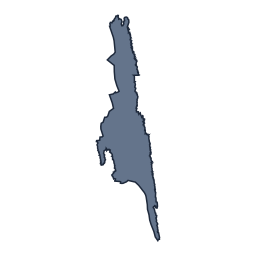 Rangamati, Chittagong, Bangladesh
{"feature_id": "16705992B35610473312733", "entity_name": "Rangamati", "entity_type": "district", "adm_level": 2, "iso_a3": "BGD", "parent_name": "Bangladesh", "parent_adm1": "Chittagong", "projection": "equal_earth", "projection_center": [92.168, 22.796], "detail": "fine", "context": "isolated", "style": "filled", "palette": "slate", "viewbox_px": 256, "rotation_deg": 0, "n_neighbors": 0, "source": "geoboundaries", "source_scale": "gbopen_adm2", "svg_char_len": 5910}
<svg xmlns="http://www.w3.org/2000/svg" viewBox="0 0 256 256"><path d="M157.8,240.6L158.4,239.4L159.4,239.3L159.3,238.6L159.6,237.8L158.5,232.4L158.3,232.1L157.7,232.3L157.8,231.6L157.5,231.4L158.1,230.1L157.5,229.3L157.7,227.9L157.4,227.6L157.5,227.0L156.8,225.2L157.5,224.7L157.7,223.9L156.3,221.5L156.6,220.2L155.9,218.0L156.4,217.8L156.7,215.5L155.8,215.1L155.7,213.2L155.2,213.0L154.3,209.0L153.2,207.6L153.5,206.7L154.4,206.6L154.6,205.7L155.8,206.2L155.5,207.1L156.0,207.9L157.0,208.1L157.5,206.3L157.3,203.3L157.1,202.2L156.1,201.9L156.0,198.4L155.8,197.3L155.4,197.1L155.7,192.4L155.2,192.0L155.3,191.3L154.8,190.7L155.0,190.3L154.8,189.9L155.3,189.8L155.3,189.4L154.9,189.2L155.1,188.8L154.8,188.6L155.0,187.1L154.8,186.6L155.0,186.5L154.8,186.6L154.8,186.0L154.5,185.6L154.5,185.0L154.8,184.4L154.2,183.2L154.0,179.9L153.6,179.8L153.5,178.5L153.2,178.5L153.2,177.4L152.8,177.2L152.9,175.6L152.5,175.2L152.9,174.8L152.4,174.4L152.7,174.0L152.2,174.0L152.4,173.0L152.1,172.3L152.6,172.0L152.1,171.8L152.5,171.6L152.4,171.1L152.0,169.8L152.1,168.5L151.7,167.6L151.7,164.4L151.4,164.3L151.5,163.7L152.0,163.3L151.3,163.3L151.9,163.0L151.7,162.7L152.1,161.9L151.7,161.9L152.1,161.5L151.7,161.1L151.4,161.4L151.6,161.0L151.0,159.6L151.0,158.9L151.1,158.2L150.8,157.7L150.4,157.7L150.2,156.5L149.5,155.9L150.0,155.3L150.0,154.4L150.4,154.6L150.9,154.1L151.0,152.8L150.6,152.9L150.4,152.6L151.0,152.4L150.8,152.4L150.7,151.2L150.3,150.8L150.2,150.0L150.5,150.3L150.7,149.8L150.2,149.4L150.2,148.7L150.4,147.9L150.4,147.2L149.9,147.2L149.7,146.3L149.7,145.3L149.9,145.1L149.6,144.5L149.7,144.1L150.1,144.0L150.1,143.3L149.5,142.3L148.8,138.2L149.0,136.6L148.4,135.7L148.7,135.2L148.3,135.4L148.0,134.5L147.7,134.7L147.0,134.1L146.7,134.3L146.5,133.7L145.2,133.7L145.7,132.8L145.2,132.1L145.3,130.5L145.0,129.2L144.8,129.4L145.0,127.8L144.4,126.8L144.5,126.2L144.2,125.9L144.1,126.4L143.9,125.1L143.4,124.9L143.8,124.5L143.5,124.2L144.1,123.6L143.3,122.2L144.1,122.4L143.8,121.9L144.0,121.3L143.7,121.3L144.3,120.8L143.9,120.3L144.1,119.9L143.3,119.8L143.5,118.9L144.0,118.8L142.9,118.1L143.0,116.0L142.7,115.7L141.7,117.1L141.5,116.3L140.5,114.4L140.3,113.1L139.7,113.7L138.9,113.2L138.7,113.9L138.4,113.2L138.7,112.5L138.4,111.8L136.5,111.9L136.5,111.1L136.1,111.0L136.5,111.0L136.2,110.6L136.6,109.2L136.2,108.4L136.6,108.2L136.3,108.0L136.3,107.0L136.9,106.3L136.8,105.6L137.2,105.6L137.0,103.3L137.2,102.3L136.8,102.0L137.2,100.2L137.0,99.5L137.5,98.7L137.9,96.7L137.1,94.8L137.3,94.3L136.9,93.8L136.8,93.1L136.4,93.3L135.9,91.9L135.3,91.8L134.9,91.1L135.8,88.2L134.8,87.4L135.1,86.1L134.9,86.0L135.4,84.8L134.8,82.2L134.5,82.1L135.1,81.6L134.4,81.3L134.4,76.7L134.2,75.5L133.9,75.3L138.7,75.2L138.6,74.9L138.9,74.8L138.6,74.6L138.2,73.6L138.4,72.9L137.7,72.5L137.6,71.7L138.1,71.9L137.5,69.9L136.9,69.4L137.3,66.9L136.5,66.1L136.4,65.3L136.0,65.5L135.7,64.9L135.7,65.6L135.4,64.9L136.1,63.9L136.4,62.1L136.9,61.5L136.8,61.0L136.5,60.9L136.7,60.3L135.8,59.7L136.0,58.9L135.4,59.8L134.7,59.0L135.5,58.2L134.4,58.0L134.9,56.9L134.5,57.0L134.4,55.8L134.4,55.1L134.6,55.7L134.8,55.2L134.8,54.5L133.9,54.2L133.8,51.8L133.4,51.5L132.7,52.3L132.4,50.3L132.1,50.0L132.6,49.0L132.3,49.3L131.9,48.7L132.4,48.7L132.5,47.9L131.2,47.2L131.5,46.8L131.8,47.0L131.7,46.5L132.0,46.4L131.1,45.4L131.6,45.0L131.2,44.5L131.5,44.5L131.4,43.8L131.7,43.7L131.4,43.5L131.4,42.4L131.0,42.3L131.2,41.8L130.9,42.0L130.9,41.4L131.3,40.7L130.9,39.9L130.2,39.7L130.6,38.8L130.5,37.8L130.6,37.3L130.9,37.4L130.3,36.2L130.5,35.5L130.1,35.1L130.4,34.6L129.8,32.8L129.4,33.4L129.1,32.5L128.7,32.2L128.5,32.4L128.6,30.0L129.3,29.4L128.7,28.6L128.0,28.3L127.8,29.0L127.6,28.2L128.1,27.4L127.3,27.0L128.9,22.3L128.7,19.8L127.8,18.9L127.7,18.0L126.7,17.1L125.2,17.2L124.5,17.6L124.1,18.5L124.6,20.7L124.1,20.9L123.6,21.9L123.8,23.9L122.8,25.7L121.8,25.7L121.8,25.0L121.4,24.7L121.3,23.4L122.0,21.8L121.4,20.0L121.1,19.4L119.6,18.8L118.8,19.2L118.7,18.1L118.1,17.3L118.3,15.5L117.5,15.4L116.8,16.0L115.9,16.1L115.4,17.7L114.2,19.3L114.0,20.6L113.5,21.1L113.2,20.7L112.5,21.4L111.9,22.8L110.4,22.4L109.8,23.9L110.2,24.6L110.1,26.2L109.6,26.3L113.3,37.2L114.1,40.8L115.2,52.2L113.7,54.2L111.1,56.0L107.3,59.9L114.2,65.4L114.3,71.8L114.9,79.0L116.8,85.5L119.1,91.3L118.0,92.1L115.7,92.8L115.3,92.0L113.3,93.9L109.4,94.8L112.3,103.0L113.5,108.4L109.3,111.4L107.8,116.0L106.6,117.2L104.7,117.3L103.1,122.2L101.2,123.3L100.8,126.4L100.9,129.0L103.1,136.0L102.1,136.9L100.0,137.1L99.7,140.3L96.6,140.6L96.4,141.6L97.4,141.9L97.9,143.0L97.0,144.9L97.6,146.2L97.6,148.3L98.1,149.8L97.8,150.3L98.7,151.6L98.7,152.3L99.1,152.4L99.1,153.8L99.6,154.3L99.7,155.0L99.4,155.3L99.8,155.4L100.3,157.3L100.0,157.8L100.5,159.0L100.7,160.4L100.5,160.8L100.9,161.0L101.1,162.2L100.7,162.3L100.4,163.7L100.9,164.3L101.2,164.0L102.1,164.3L101.3,164.4L101.3,165.1L103.0,164.8L103.4,164.5L103.5,163.5L104.4,163.2L104.4,162.4L104.9,162.0L104.6,160.9L105.5,159.8L104.9,158.8L105.0,157.9L104.3,157.3L104.6,154.9L104.2,154.8L104.3,154.4L103.6,153.4L104.2,150.6L105.8,149.9L105.8,149.2L106.3,148.9L106.3,148.4L106.7,148.9L106.6,149.8L107.1,149.8L107.0,150.3L107.6,149.7L108.0,149.8L108.4,149.4L109.2,149.4L109.3,150.1L110.2,150.1L109.8,151.9L110.2,151.8L110.6,152.8L111.4,153.2L112.3,154.7L112.3,155.6L111.8,156.2L112.5,156.4L112.6,159.5L113.3,159.5L113.9,161.5L114.0,163.1L114.5,164.0L114.5,165.2L114.9,165.6L114.6,166.2L114.9,167.4L114.4,168.0L115.5,169.1L115.4,170.2L115.7,170.7L115.3,170.8L115.1,171.4L114.3,171.4L114.0,172.3L113.4,172.3L113.6,173.1L111.8,175.0L112.3,176.1L112.7,176.2L113.7,179.0L114.7,178.6L115.5,179.0L115.3,179.4L115.4,180.4L114.8,180.7L114.8,181.1L119.8,181.5L120.6,181.8L120.4,183.2L121.6,183.4L123.0,183.3L126.5,181.8L128.0,180.4L135.3,182.1L138.7,185.3L144.3,192.5L145.5,194.7L146.1,196.7L147.3,204.6L147.5,209.3L149.0,214.8L149.7,220.0L151.0,224.3L153.9,231.6L155.3,237.0L157.8,240.6Z" fill="#64748b" stroke="#1e293b" stroke-width="1.5"/></svg>